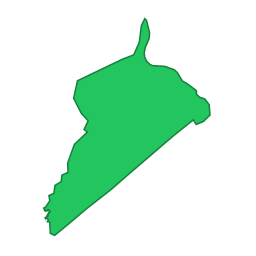 the district of Isle of Wight, Virginia, United States of America, rotated 2°
{"feature_id": "52423323B3800654156797", "entity_name": "Isle of Wight", "entity_type": "district", "adm_level": 2, "iso_a3": "USA", "parent_name": "United States of America", "parent_adm1": "Virginia", "projection": "robinson", "projection_center": [-76.854, 36.893], "detail": "fine", "context": "isolated", "style": "filled", "palette": "green", "viewbox_px": 256, "rotation_deg": 2, "n_neighbors": 0, "source": "geoboundaries", "source_scale": "gbopen_adm2", "svg_char_len": 1847}
<svg xmlns="http://www.w3.org/2000/svg" viewBox="0 0 256 256"><g transform="rotate(2 128 128)"><path d="M75.9,82.5L72.6,100.2L80.8,114.9L87.9,122.2L84.1,131.1L87.5,133.5L75.0,146.2L68.9,165.3L69.6,174.4L63.6,177.4L63.1,183.9L57.0,187.9L56.2,195.8L51.3,198.3L52.4,203.4L48.5,209.8L46.5,211.0L46.7,211.3L47.0,211.4L47.1,211.5L47.2,211.8L47.3,211.9L47.5,212.0L47.6,212.3L47.5,212.6L47.3,213.0L47.5,213.1L47.9,213.0L48.0,213.2L48.1,213.4L47.9,213.7L48.0,213.8L48.3,213.9L48.5,213.6L48.8,213.7L49.1,213.6L49.1,213.3L49.3,213.2L49.8,213.3L49.8,213.2L50.0,213.1L50.1,213.6L50.6,213.4L50.8,213.1L50.7,212.9L50.8,212.8L50.9,213.0L51.1,213.1L51.4,213.2L51.6,212.9L51.8,212.7L52.0,212.9L52.6,213.4L53.0,213.7L53.1,213.9L53.0,214.1L52.7,214.5L52.8,214.8L52.7,214.9L52.5,215.1L52.2,215.3L52.0,215.5L51.9,215.5L51.8,215.2L51.6,215.2L51.5,215.4L51.6,215.8L51.9,216.0L51.7,216.2L51.3,216.1L51.2,216.2L51.3,217.3L51.2,217.5L50.9,217.4L50.8,217.5L50.7,217.7L50.7,217.9L50.4,217.9L50.3,218.0L50.8,218.2L51.1,218.6L51.1,218.8L50.7,219.0L50.2,219.3L49.9,219.4L49.8,219.5L50.0,219.8L50.0,220.3L49.9,220.6L49.5,220.8L49.4,220.9L49.2,220.4L48.9,220.4L48.8,220.6L48.7,220.9L48.6,220.5L48.5,220.3L48.4,220.3L48.3,220.5L48.4,221.0L49.1,221.4L49.7,221.2L50.1,221.3L51.2,222.0L51.5,222.4L51.5,222.6L51.3,223.7L50.6,224.3L50.7,224.5L51.1,224.6L51.6,224.4L52.1,224.4L52.6,224.6L53.1,225.2L54.0,236.0L58.4,237.9L71.8,226.1L89.2,210.3L113.3,190.0L134.0,170.7L173.9,134.0L193.0,117.6L196.0,122.1L203.1,118.9L209.5,112.2L208.3,101.8L203.6,96.2L198.8,94.9L196.0,92.6L194.9,90.4L195.3,89.2L194.6,87.9L185.0,81.3L180.7,79.1L175.4,70.9L172.1,68.1L162.7,65.1L150.3,64.8L147.4,63.5L144.3,60.6L142.2,56.5L141.6,52.5L142.4,47.2L145.9,38.1L146.3,32.4L142.8,19.9L141.0,18.1L137.8,25.1L136.3,41.9L131.2,54.7L119.7,59.6L75.9,82.5Z" fill="#22c55e" stroke="#15803d" stroke-width="1.5"/></g></svg>